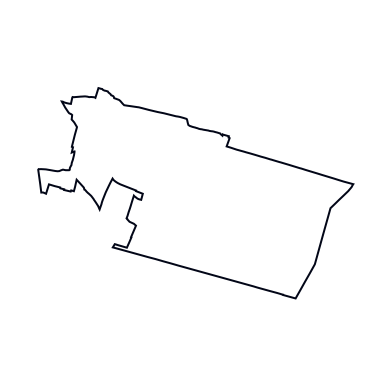 the district of Rayón, México, Mexico, rotated 14°
{"feature_id": "50627088B92517734283443", "entity_name": "Rayón", "entity_type": "district", "adm_level": 2, "iso_a3": "MEX", "parent_name": "Mexico", "parent_adm1": "México", "projection": "mercator", "projection_center": [-99.574, 19.139], "detail": "fine", "context": "isolated", "style": "outline", "palette": "ink", "viewbox_px": 384, "rotation_deg": 14, "n_neighbors": 0, "source": "geoboundaries", "source_scale": "gbopen_adm2", "svg_char_len": 3633}
<svg xmlns="http://www.w3.org/2000/svg" viewBox="0 0 384 384"><g transform="rotate(14 192 192)"><path d="M37.4,207.6L39.3,212.3L42.6,220.5L45.9,229.0L46.8,228.7L47.8,228.5L48.5,228.6L49.8,228.8L50.8,229.0L51.4,219.2L57.3,219.5L63.0,219.5L63.1,220.1L63.3,220.3L67.3,220.3L67.3,221.0L74.2,220.9L74.4,219.7L77.2,219.8L77.3,215.4L77.1,208.0L81.7,211.0L86.0,213.9L87.0,215.7L87.5,215.7L88.0,216.0L88.5,216.3L89.5,217.1L90.4,217.6L90.7,217.8L91.4,218.2L92.1,218.5L93.0,219.0L94.1,219.6L95.2,220.2L95.9,220.8L96.6,221.3L97.4,222.0L98.2,222.6L98.6,223.1L101.1,225.3L102.9,227.0L104.1,228.1L104.7,228.8L106.1,230.7L106.6,231.3L106.7,230.1L106.9,227.9L107.1,226.0L107.1,223.9L107.3,221.5L107.8,217.6L108.4,213.2L108.9,210.7L109.9,205.8L110.6,202.6L111.7,198.2L112.9,199.3L115.2,200.4L117.5,201.2L120.5,201.9L125.0,202.5L131.2,203.3L137.4,204.1L137.4,204.7L144.7,205.6L144.6,211.9L142.6,211.9L141.1,211.7L140.2,211.4L138.9,210.8L137.4,210.2L136.5,209.6L136.1,216.2L135.9,220.6L135.7,223.7L135.4,226.9L135.3,229.2L135.2,231.1L135.0,232.5L134.9,233.4L135.6,233.7L135.6,234.0L138.6,236.0L143.3,236.9L145.8,238.2L143.8,250.6L144.2,250.7L143.3,256.2L142.3,261.8L133.9,261.5L129.7,261.3L128.6,264.9L129.0,264.9L137.8,265.1L145.6,265.3L149.5,265.4L153.4,265.5L161.1,265.7L165.0,265.8L172.8,265.9L180.8,266.2L184.8,266.3L188.8,266.4L196.8,266.7L204.8,266.9L212.5,267.1L220.3,267.3L224.2,267.4L228.0,267.5L235.8,267.7L239.7,267.8L247.4,268.0L255.2,268.2L262.9,268.4L266.8,268.5L274.6,268.7L278.5,268.9L282.3,269.0L290.1,269.2L294.7,269.3L299.4,269.4L304.0,269.6L305.2,269.6L305.2,269.9L309.3,270.0L313.4,270.1L317.5,270.2L318.3,270.2L320.8,261.2L323.3,252.0L326.0,242.4L328.7,232.4L329.5,201.8L330.1,181.4L330.3,174.2L334.0,168.3L336.7,163.9L339.7,159.2L343.4,153.3L345.7,148.6L346.2,146.5L346.6,145.4L341.3,145.3L336.5,145.2L331.1,144.9L326.3,144.6L320.3,144.3L314.3,144.0L309.0,143.7L302.9,143.4L296.9,143.1L292.4,142.8L290.8,142.8L285.1,142.5L279.6,142.2L272.8,141.9L270.9,141.8L269.7,141.8L263.1,141.5L261.5,141.4L259.9,141.4L254.8,141.1L250.3,141.0L244.2,140.7L239.2,140.5L234.7,140.4L233.1,140.3L225.0,140.1L218.6,139.6L214.6,139.4L215.5,130.6L215.3,130.5L214.9,130.4L214.3,130.3L214.3,129.0L208.4,128.8L207.9,128.7L207.9,128.9L207.9,130.0L205.7,128.9L205.3,128.4L203.8,128.3L201.8,128.2L200.0,128.2L198.5,128.1L197.0,128.2L195.6,128.4L194.1,128.5L193.1,128.4L188.0,128.8L186.4,128.8L184.7,129.0L183.3,129.0L181.8,128.8L180.8,128.8L179.5,128.7L176.9,128.7L173.7,128.4L172.2,127.8L171.1,125.8L169.8,123.2L169.1,122.4L166.0,122.2L162.1,122.1L160.1,122.2L158.2,122.4L151.7,122.4L145.7,122.4L139.2,122.7L130.4,122.8L122.9,122.7L119.8,122.7L119.2,122.8L112.2,123.5L108.4,123.9L105.2,124.2L103.5,123.2L100.4,121.0L98.9,120.3L97.0,120.1L95.4,119.9L93.8,119.8L93.4,119.0L92.8,118.3L91.9,117.9L90.2,117.7L89.3,116.8L86.8,115.6L86.0,114.8L83.6,114.7L82.6,114.8L80.8,114.4L80.0,113.8L78.2,113.9L77.7,113.8L76.1,113.8L75.5,124.0L74.5,123.7L74.4,123.7L71.2,124.2L69.3,124.8L67.3,124.8L65.1,125.1L60.9,126.4L54.4,128.6L53.2,128.7L53.0,129.1L53.2,135.8L51.1,136.0L49.0,136.1L46.6,136.0L44.7,135.6L43.8,135.7L44.8,136.8L46.0,138.0L48.5,140.7L52.7,144.5L53.8,145.3L56.2,145.8L57.1,146.3L57.7,150.8L58.8,151.5L60.9,153.0L64.7,156.8L64.7,158.1L64.5,164.9L64.5,177.3L64.8,177.4L65.7,177.4L65.8,182.8L67.2,181.7L68.2,181.1L68.3,181.3L68.6,184.7L68.6,187.2L68.6,189.6L68.3,192.8L68.5,195.2L68.1,196.4L67.8,197.7L67.7,198.4L68.0,200.0L67.5,200.6L65.7,201.0L64.1,201.4L62.4,201.5L61.4,201.5L59.6,202.7L58.2,203.8L56.5,204.4L54.2,204.7L48.5,205.1L44.8,205.4L41.5,206.0L39.3,206.5L38.0,206.9L37.7,206.9L37.4,207.6Z" fill="none" stroke="#020617" stroke-width="2"/></g></svg>